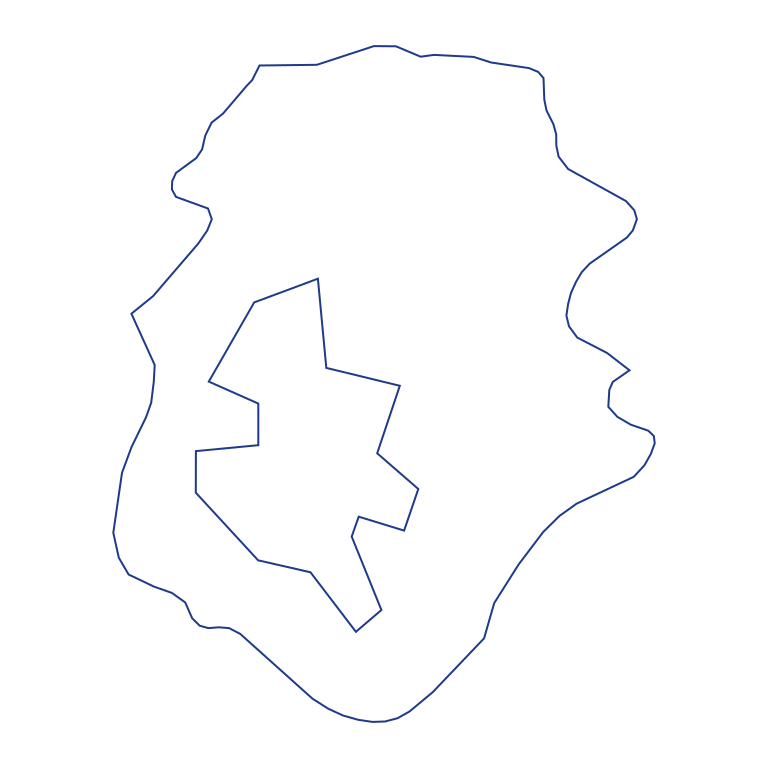 Ilfov, orthographic projection
{"feature_id": "ROU-4844", "entity_name": "Ilfov", "entity_type": "County", "adm_level": 1, "iso_a3": "ROU", "parent_name": "Romania", "parent_adm1": "", "projection": "orthographic", "projection_center": [26.174, 44.513], "detail": "fine", "context": "isolated", "style": "outline", "palette": "blue", "viewbox_px": 768, "rotation_deg": 0, "n_neighbors": 0, "source": "natural_earth", "source_scale": "10m", "svg_char_len": 1482}
<svg xmlns="http://www.w3.org/2000/svg" viewBox="0 0 768 768"><path d="M131.4,313.7L153.0,296.2L198.4,243.4L207.2,230.6L211.8,219.2L208.0,208.5L176.0,196.9L171.9,189.4L172.2,181.2L176.0,172.9L196.2,158.1L202.1,149.4L205.3,135.5L211.6,122.6L223.0,113.6L246.9,85.6L252.1,80.2L259.5,65.5L316.9,64.8L373.9,46.1L395.9,46.3L420.7,56.7L434.0,54.9L473.6,56.9L491.1,62.5L529.0,68.1L538.2,71.9L543.5,78.1L544.3,99.7L546.5,110.5L553.4,124.2L556.2,134.4L556.3,145.4L558.6,156.6L568.1,169.0L626.0,201.1L634.3,210.3L636.9,219.2L632.8,230.5L626.8,237.6L589.6,263.7L581.7,272.2L576.0,281.9L571.0,292.9L568.1,304.0L566.4,315.6L569.0,326.3L577.3,337.6L607.1,353.0L629.5,370.3L612.8,381.9L609.3,389.9L608.3,406.8L617.4,416.9L630.8,424.7L648.3,430.7L653.9,436.1L654.7,443.4L650.9,453.8L644.5,465.2L633.8,476.8L576.7,503.6L559.5,515.9L543.1,532.1L518.6,564.5L494.2,603.1L484.1,638.3L432.8,692.1L409.5,711.5L397.6,718.2L385.0,721.5L372.4,721.9L358.2,719.8L343.0,715.5L328.2,708.7L312.5,698.7L240.2,633.9L229.1,628.1L218.8,627.3L208.3,628.1L199.7,625.7L192.2,618.3L185.2,602.4L171.8,592.9L153.9,586.6L128.6,574.5L118.8,557.7L113.3,532.8L122.0,472.8L131.5,447.1L146.1,417.1L151.2,402.7L153.8,381.5L154.7,365.0L131.4,313.7ZM404.1,530.6L418.3,489.0L377.2,453.3L399.8,385.8L326.3,367.9L317.9,278.7L254.2,302.4L208.8,381.6L258.3,403.6L258.3,445.2L195.9,451.1L195.8,492.7L258.1,560.3L310.5,572.3L355.9,631.8L381.4,610.0L351.7,536.6L358.7,516.7L404.1,530.6Z" fill="none" stroke="#1e3a8a" stroke-width="2"/></svg>